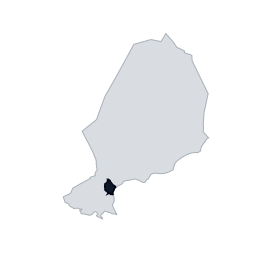 location of Dogondoutchi, Dosso, Niger, rotated 333°
{"feature_id": "23599985B71800364259973", "entity_name": "Dogondoutchi", "entity_type": "district", "adm_level": 2, "iso_a3": "NER", "parent_name": "Niger", "parent_adm1": "Dosso", "projection": "orthographic", "projection_center": [4.132, 13.975], "detail": "fine", "context": "in_parent", "style": "filled", "palette": "ink", "viewbox_px": 256, "rotation_deg": 333, "n_neighbors": 0, "source": "geoboundaries", "source_scale": "gbopen_adm2", "svg_char_len": 3647}
<svg xmlns="http://www.w3.org/2000/svg" viewBox="0 0 256 256"><g transform="rotate(333 128 128)"><path d="M195.4,173.4L193.3,173.5L192.1,174.0L190.7,175.2L189.0,175.7L187.0,176.8L185.7,177.7L184.5,178.4L182.9,180.1L182.4,181.3L180.7,181.6L178.4,181.5L176.8,180.3L173.3,179.1L171.1,178.7L170.0,178.6L164.7,178.5L159.1,179.2L156.2,179.8L155.7,180.0L154.1,180.8L152.8,181.7L149.2,185.7L144.3,185.7L141.4,185.3L139.0,184.7L135.5,183.0L131.2,180.2L129.6,179.9L128.1,179.7L127.6,179.7L122.6,182.6L121.6,182.6L120.4,182.9L119.6,183.6L119.1,183.9L118.5,184.0L117.7,183.9L116.9,183.4L116.1,182.7L114.0,179.6L113.5,179.1L112.6,178.1L111.1,176.7L110.1,176.1L109.5,175.9L108.7,176.0L104.7,174.8L100.6,173.6L99.7,173.7L99.1,174.0L97.7,175.0L96.0,175.2L93.9,175.1L92.7,175.0L90.9,175.3L89.6,175.7L88.0,176.3L85.9,178.1L85.3,178.3L84.8,178.6L84.1,183.5L83.5,184.9L82.5,186.9L80.3,188.7L78.9,189.8L78.9,191.3L78.7,193.8L78.7,195.5L78.8,196.6L78.6,197.1L78.5,197.6L78.5,198.3L78.9,198.7L79.1,199.1L79.0,199.5L78.3,199.9L77.5,198.8L76.6,198.0L75.5,197.7L74.8,197.1L74.4,196.3L73.0,194.8L69.8,191.8L69.5,191.7L69.0,191.6L68.1,191.9L67.5,192.4L67.1,192.6L66.5,192.6L65.0,193.0L63.8,193.5L63.7,193.9L64.3,196.2L64.0,197.4L63.5,196.8L61.7,194.5L60.5,192.8L60.3,192.4L60.1,191.8L60.3,191.6L60.7,191.4L61.9,191.2L62.1,191.0L62.1,190.5L62.0,189.6L61.4,188.5L60.7,187.7L60.4,187.5L59.7,187.5L59.0,187.6L57.6,188.5L57.0,188.7L55.6,188.6L54.4,188.4L53.6,187.9L51.4,186.0L48.9,183.9L47.8,183.6L47.6,183.4L47.5,181.8L47.5,180.0L47.7,179.5L48.7,179.8L49.8,180.0L50.2,179.6L49.3,178.9L48.0,178.3L47.6,177.2L47.2,176.9L46.6,176.5L46.0,176.3L45.3,176.0L44.9,175.7L44.2,175.6L43.4,175.3L42.3,173.7L41.2,172.1L40.6,170.8L40.4,170.0L40.7,168.7L40.4,168.2L39.2,166.9L38.2,165.7L38.5,163.8L38.7,162.2L38.8,161.2L38.9,160.7L39.1,160.0L39.7,159.9L41.5,159.9L44.8,160.2L47.5,159.9L49.5,158.2L51.6,156.5L54.7,156.4L58.1,156.2L60.8,156.1L64.7,156.0L67.8,155.9L71.4,155.8L71.6,155.0L71.8,154.8L72.1,154.8L74.8,155.2L77.3,155.7L77.5,154.1L79.7,152.2L81.0,151.8L81.3,151.5L81.7,150.8L81.9,149.8L82.0,149.1L82.5,148.5L82.8,147.5L83.3,145.6L84.5,143.6L85.2,140.9L85.3,138.2L85.4,136.3L85.8,135.9L85.8,132.3L85.8,128.8L85.8,125.8L85.8,122.1L85.7,118.8L85.7,115.3L85.7,112.1L85.7,110.0L88.2,109.5L90.8,108.9L94.5,108.2L98.6,107.3L103.0,106.4L104.1,105.9L107.4,102.8L108.9,101.4L111.8,98.6L114.1,96.5L117.0,93.8L120.0,91.1L122.4,88.9L126.3,86.4L132.0,82.7L137.7,78.9L143.4,75.1L149.0,71.3L154.6,67.5L160.2,63.7L165.7,59.9L171.2,56.1L177.0,57.3L182.5,58.4L188.1,59.5L189.4,60.2L192.5,62.7L196.4,65.8L196.6,65.9L200.2,63.8L204.6,61.0L206.3,67.8L207.7,73.7L208.0,77.5L208.1,78.5L208.6,79.1L209.5,79.8L213.3,85.1L212.6,86.1L213.3,87.7L214.2,88.4L217.4,91.5L217.8,92.2L217.7,92.7L215.9,96.6L215.6,97.6L215.5,102.5L215.5,106.0L215.4,110.8L215.3,116.5L215.2,121.3L215.1,127.7L215.0,133.8L212.2,137.2L207.2,143.4L203.1,148.3L201.1,151.6L197.1,158.1L195.4,162.2L194.0,164.4L193.2,165.3L194.0,168.3L195.4,173.4Z" fill="#d9dde1" stroke="#a8b0b8" stroke-width="1"/><path d="M82.0,178.1L82.2,179.1L83.0,179.1L83.5,179.3L83.3,179.7L83.9,180.3L84.3,180.3L84.7,180.3L84.6,178.6L84.8,178.4L85.6,178.4L87.1,176.9L87.4,176.9L87.5,176.7L88.6,175.7L89.0,175.5L90.2,175.1L90.2,174.7L90.1,174.1L89.8,173.4L89.7,173.1L88.9,172.3L88.7,171.3L88.6,170.9L88.3,169.3L88.1,168.9L88.1,167.4L88.2,166.8L87.3,164.9L86.4,164.4L86.3,165.6L85.3,166.0L85.2,166.7L84.0,167.1L83.4,167.2L82.9,167.3L82.2,167.3L82.2,167.5L81.5,168.2L80.9,169.1L80.4,170.1L80.2,170.9L80.1,171.5L79.9,172.0L79.3,172.6L79.8,174.0L80.1,174.9L80.7,175.4L80.6,177.1L79.9,177.5L82.2,177.5L82.0,178.1Z" fill="#0f172a" stroke="#020617" stroke-width="1.5"/></g></svg>